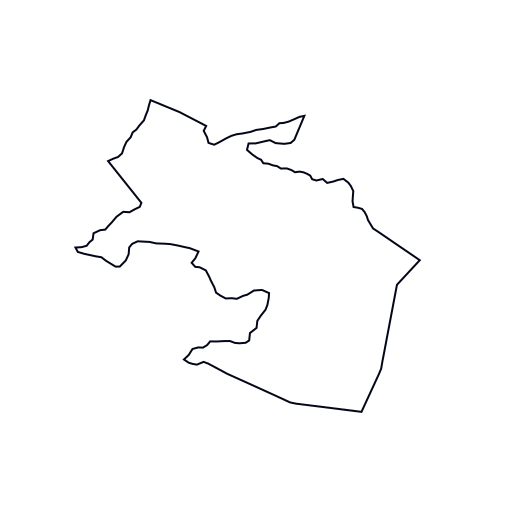 Três Rios, Rio de Janeiro, Brazil, rotated 228°
{"feature_id": "56859067B77014289241824", "entity_name": "Três Rios", "entity_type": "district", "adm_level": 2, "iso_a3": "BRA", "parent_name": "Brazil", "parent_adm1": "Rio de Janeiro", "projection": "natural_earth1", "projection_center": [-43.076, -22.12], "detail": "fine", "context": "isolated", "style": "outline", "palette": "ink", "viewbox_px": 512, "rotation_deg": 228, "n_neighbors": 0, "source": "geoboundaries", "source_scale": "gbopen_adm2", "svg_char_len": 2321}
<svg xmlns="http://www.w3.org/2000/svg" viewBox="0 0 512 512"><g transform="rotate(228 256 256)"><path d="M227.3,133.2L221.7,134.6L218.2,136.7L214.8,139.4L212.4,146.2L208.2,148.4L187.7,155.8L145.9,174.1L124.3,183.4L119.4,187.0L69.6,230.1L85.7,267.6L88.5,273.6L93.4,279.8L96.7,284.2L140.3,341.5L143.3,374.9L172.8,367.7L184.4,364.9L192.6,362.9L198.2,361.4L203.2,362.4L207.8,363.3L211.3,364.9L215.8,366.1L220.0,366.3L223.7,364.0L227.1,361.3L232.0,364.3L235.6,368.0L239.1,371.7L244.5,373.3L248.6,373.7L254.8,372.6L257.7,367.7L259.6,363.3L262.7,357.8L268.6,357.1L271.7,351.4L275.5,349.1L279.5,350.1L283.0,348.9L286.4,347.3L289.6,344.8L292.2,341.0L296.0,339.9L300.3,337.6L304.4,333.0L308.7,331.8L311.9,329.3L316.4,326.9L320.0,323.5L324.1,324.2L327.8,322.6L333.8,321.2L340.9,320.3L344.6,325.8L339.9,331.1L337.2,336.0L335.3,339.5L332.8,343.8L326.8,346.1L323.9,348.8L320.4,352.1L316.8,357.4L316.7,362.2L327.8,385.7L330.3,381.4L332.1,375.8L334.0,370.2L336.5,365.4L339.0,362.3L339.0,357.3L342.3,352.0L345.6,346.3L349.5,340.6L352.0,334.8L356.0,328.1L359.6,322.8L361.8,318.0L363.3,312.9L364.3,308.5L365.3,304.2L366.7,299.4L371.8,296.4L377.1,299.1L384.0,300.9L386.0,306.0L414.0,295.5L442.4,281.9L439.3,276.8L436.6,272.9L434.4,268.3L431.8,263.5L431.0,256.5L430.0,251.8L430.4,247.1L428.1,242.3L427.5,236.1L425.2,230.8L421.9,225.1L421.9,219.8L423.9,214.8L425.5,209.6L372.2,206.4L370.3,202.5L371.9,196.9L373.2,191.2L377.7,186.9L378.5,178.6L377.5,171.4L377.1,166.4L376.5,161.6L379.5,157.4L381.6,150.5L377.5,145.6L377.7,141.3L376.9,137.1L379.2,132.4L383.1,127.5L378.3,126.3L372.7,129.7L363.0,136.7L358.5,140.3L352.9,141.3L342.1,144.5L339.3,147.7L339.8,156.2L342.5,162.5L347.2,167.5L347.9,172.1L346.1,177.9L337.7,186.3L332.1,190.3L326.5,196.1L322.4,200.1L319.3,202.5L315.4,205.4L310.0,209.2L306.2,212.0L297.8,216.3L294.9,209.4L294.0,203.6L288.6,203.6L285.3,206.6L278.9,209.1L271.8,207.3L268.3,206.1L260.7,204.1L255.5,201.8L250.5,203.0L244.7,205.1L240.8,209.8L237.0,213.1L235.0,219.8L233.1,223.6L231.7,231.4L226.8,237.7L219.7,240.9L216.3,237.4L212.0,231.7L209.7,227.1L208.4,219.5L206.9,213.6L202.2,208.3L202.8,200.0L197.8,194.4L198.4,190.3L202.2,185.3L205.5,182.2L210.3,179.7L214.5,174.9L218.6,169.8L223.2,164.8L222.5,160.1L223.4,155.3L226.7,151.9L229.4,146.6L227.5,139.9L227.3,133.2Z" fill="none" stroke="#020617" stroke-width="2"/></g></svg>